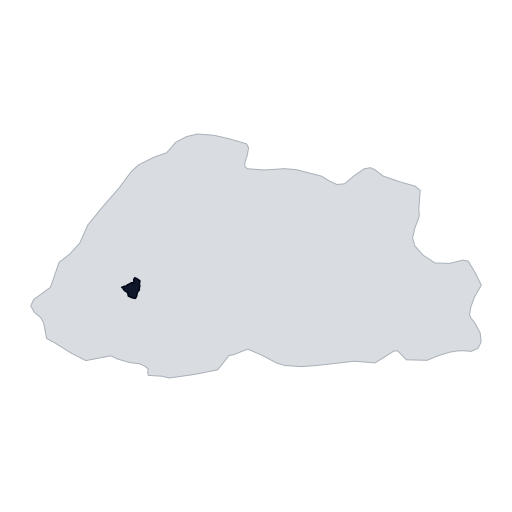 location of Doga, Paro, Bhutan
{"feature_id": "84629894B26183421967737", "entity_name": "Doga", "entity_type": "district", "adm_level": 2, "iso_a3": "BTN", "parent_name": "Bhutan", "parent_adm1": "Paro", "projection": "orthographic", "projection_center": [89.493, 27.296], "detail": "fine", "context": "in_parent", "style": "filled", "palette": "ink", "viewbox_px": 512, "rotation_deg": 0, "n_neighbors": 0, "source": "geoboundaries", "source_scale": "gbopen_adm2", "svg_char_len": 4595}
<svg xmlns="http://www.w3.org/2000/svg" viewBox="0 0 512 512"><path d="M419.3,215.2L418.5,218.6L414.9,227.8L412.6,237.8L414.8,245.9L423.5,255.5L435.1,263.0L449.6,263.4L463.0,260.1L468.3,261.2L475.9,274.0L481.3,285.2L474.5,296.9L470.8,307.1L469.6,314.3L470.5,317.4L475.0,323.2L480.2,333.0L481.1,342.1L478.0,348.3L471.1,351.4L463.8,350.7L457.7,350.9L450.0,352.1L438.2,355.7L427.1,360.3L406.3,359.8L397.8,350.9L393.9,351.0L375.1,362.9L354.4,361.2L316.8,365.5L301.1,366.6L285.0,365.5L276.8,363.1L261.5,355.0L247.7,349.1L233.8,354.6L228.9,355.7L217.7,369.8L193.4,374.6L169.1,378.0L161.9,376.2L148.3,375.4L147.7,372.1L148.2,368.9L145.0,366.3L139.5,363.7L129.9,362.6L117.7,359.1L110.7,355.8L85.8,360.6L71.3,353.2L54.9,342.9L46.6,338.5L43.6,322.7L40.7,317.6L34.3,312.2L30.7,305.9L33.7,299.5L50.1,287.5L51.4,284.7L59.1,262.3L69.6,254.2L79.9,242.9L87.8,225.0L102.9,206.5L119.4,187.6L130.8,172.2L138.3,165.0L153.8,157.2L166.7,152.7L175.7,142.3L186.5,136.6L197.6,134.0L214.0,135.3L229.6,138.9L246.6,143.9L248.6,148.0L247.2,155.4L244.8,162.8L244.8,166.6L247.4,168.7L264.1,170.0L284.5,168.7L296.0,169.6L321.6,176.2L329.1,180.9L337.0,184.5L344.6,183.8L354.1,175.7L364.2,168.8L370.5,167.7L375.0,169.8L383.2,176.1L400.2,181.9L415.2,186.2L420.2,190.4L418.8,209.0L419.3,215.2Z" fill="#d9dde1" stroke="#a8b0b8" stroke-width="1"/><path d="M139.7,285.2L139.6,284.8L139.6,284.4L139.6,284.0L139.3,283.5L139.3,283.3L139.3,283.1L139.4,282.9L139.5,282.7L139.7,282.3L139.7,281.9L139.8,281.7L139.9,281.4L140.0,281.2L139.9,280.9L139.6,280.7L139.4,280.5L139.2,280.3L138.9,279.9L138.7,279.8L138.4,279.6L138.1,279.5L137.9,279.5L137.7,279.4L137.3,279.1L137.2,278.9L137.1,278.7L136.9,278.5L136.6,278.4L136.4,278.4L136.0,278.3L135.7,278.4L135.4,278.3L135.2,278.1L135.1,277.9L134.9,277.7L134.7,277.8L134.5,278.1L134.2,278.6L134.0,278.9L133.8,279.2L133.7,279.4L133.7,279.5L133.7,279.8L133.7,280.0L133.7,280.4L133.7,280.5L133.7,280.8L133.8,280.9L133.8,281.0L133.9,281.3L133.9,281.6L133.9,281.8L134.0,281.8L134.0,282.0L134.0,282.3L134.0,282.5L134.0,282.8L133.9,282.8L133.7,282.8L133.6,282.7L133.4,282.6L133.2,282.7L132.9,282.7L132.9,282.8L132.7,282.9L132.5,283.0L132.4,283.1L132.2,282.9L131.9,282.8L131.8,282.7L131.6,282.6L131.4,282.7L131.2,282.8L130.9,283.0L130.7,283.2L130.6,283.3L130.4,283.5L130.3,283.4L130.1,283.5L129.9,283.6L129.7,283.8L129.4,283.9L129.3,284.0L129.1,284.2L128.9,284.2L128.7,284.2L128.6,284.3L128.3,284.5L128.2,284.6L127.9,284.6L127.6,284.7L127.5,284.8L127.4,284.8L127.2,285.0L126.9,285.4L126.7,285.5L126.5,285.8L126.4,286.0L126.2,286.1L125.8,286.2L125.6,286.2L125.4,286.1L125.1,286.1L124.9,286.2L124.7,286.2L124.4,286.2L124.2,286.3L123.9,286.4L123.6,286.5L123.4,286.6L123.0,286.8L122.9,286.9L122.7,287.0L122.3,287.1L122.2,287.1L121.9,287.2L121.8,287.3L122.0,287.5L122.4,287.8L122.5,287.8L122.8,288.0L123.0,288.2L123.1,288.3L123.2,288.5L123.3,288.7L123.3,288.8L123.3,289.0L123.4,289.3L123.5,289.5L123.8,289.7L123.8,289.8L124.1,289.8L124.3,290.1L124.5,290.2L124.5,290.3L124.7,290.5L124.9,290.7L125.1,290.9L125.1,291.1L125.3,291.2L125.5,291.2L125.7,291.4L126.0,291.5L126.3,291.6L126.4,291.8L126.6,291.9L126.8,292.0L127.0,292.1L127.3,292.2L127.4,292.3L127.5,292.4L127.5,292.5L127.8,292.8L128.0,293.1L127.9,293.2L127.7,293.3L127.6,293.6L127.7,293.8L127.9,294.1L128.0,294.2L128.3,294.3L128.4,294.7L128.4,294.8L128.2,294.9L128.2,295.1L128.2,295.3L128.1,295.5L128.2,295.8L128.3,295.9L128.4,296.0L128.5,296.2L128.8,296.2L129.0,296.3L129.3,296.4L129.4,296.5L129.5,296.5L129.8,296.7L130.0,296.8L130.2,297.0L130.4,297.1L130.6,297.2L130.8,297.2L130.9,297.3L131.0,297.3L131.5,297.4L131.8,297.5L132.0,297.6L132.4,297.7L132.4,297.8L132.6,297.8L132.8,297.9L132.9,298.0L133.0,297.9L133.3,297.9L133.4,298.0L133.6,298.0L133.8,298.0L134.0,298.1L134.3,298.2L134.5,298.2L134.6,298.3L134.8,298.4L135.0,298.4L135.4,298.4L135.5,298.3L135.6,298.2L135.7,297.9L135.8,297.7L136.0,297.4L136.1,297.2L136.4,296.7L136.5,296.6L136.4,296.3L136.5,296.2L136.7,295.8L136.7,295.7L136.7,295.4L136.7,295.2L136.8,295.1L136.7,294.9L136.7,294.7L136.8,294.4L137.0,294.2L137.2,293.9L137.2,293.7L137.2,293.4L137.2,293.2L137.3,293.0L137.3,292.9L137.4,292.7L137.5,292.5L137.5,292.4L137.5,292.2L137.7,291.9L137.8,291.8L137.9,291.7L138.0,291.5L138.1,291.4L138.3,291.2L138.5,290.9L138.9,290.7L139.0,290.5L139.1,290.4L139.2,290.2L139.3,290.1L139.3,289.9L139.3,289.7L139.3,289.4L139.4,289.2L139.3,288.9L139.2,288.6L139.2,288.4L139.3,288.3L139.3,288.2L139.3,287.9L139.3,287.6L139.4,287.3L139.5,287.2L139.7,286.8L139.8,286.7L139.7,286.4L139.7,286.2L139.7,285.8L139.7,285.7L139.7,285.4L139.7,285.2L139.7,285.2Z" fill="#0f172a" stroke="#020617" stroke-width="1.5"/></svg>